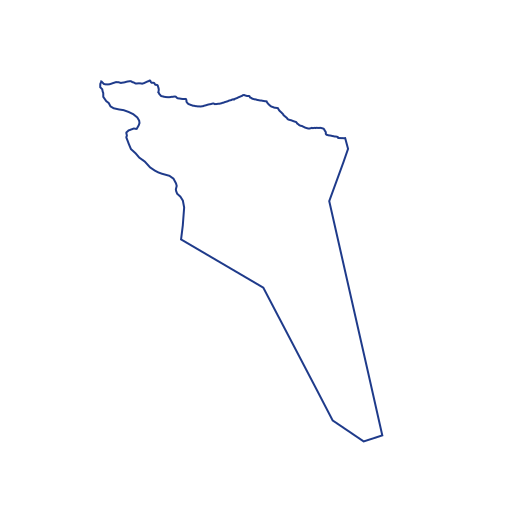 Bitica, Litoral, Equatorial Guinea (Equal Earth projection), rotated 77°
{"feature_id": "11065452B13026737962858", "entity_name": "Bitica", "entity_type": "district", "adm_level": 2, "iso_a3": "GNQ", "parent_name": "Equatorial Guinea", "parent_adm1": "Litoral", "projection": "equal_earth", "projection_center": [9.489, 1.359], "detail": "fine", "context": "isolated", "style": "outline", "palette": "blue", "viewbox_px": 512, "rotation_deg": 77, "n_neighbors": 0, "source": "geoboundaries", "source_scale": "gbopen_adm2", "svg_char_len": 5254}
<svg xmlns="http://www.w3.org/2000/svg" viewBox="0 0 512 512"><g transform="rotate(77 256 256)"><path d="M459.2,173.3L399.2,173.0L373.3,172.9L373.0,172.9L318.7,172.7L317.5,172.7L219.0,172.3L184.1,149.6L172.3,142.2L161.2,142.6L161.0,144.0L160.5,145.6L160.2,146.9L160.1,147.1L159.6,149.1L159.3,149.5L158.4,149.6L158.0,150.4L157.6,151.2L157.4,152.0L157.1,152.9L156.6,153.7L156.3,154.6L155.9,155.3L155.5,156.1L155.2,156.9L154.8,158.0L154.6,158.5L154.2,159.0L154.0,159.4L153.9,159.8L153.3,160.3L152.6,160.5L151.8,160.3L151.3,160.2L150.8,160.2L150.1,160.4L149.6,160.7L148.6,161.0L148.1,161.0L147.6,161.3L147.1,161.6L146.9,162.0L146.4,162.8L146.1,163.4L145.7,164.2L145.5,164.8L145.5,165.4L145.3,166.1L145.2,166.6L145.0,167.3L144.7,168.2L144.7,168.8L144.7,169.3L144.4,169.7L144.3,170.1L144.3,170.5L144.3,171.0L144.2,171.5L144.1,172.2L143.7,172.8L143.8,173.3L143.8,174.3L143.8,175.0L143.8,175.6L143.4,176.7L143.1,177.2L142.7,178.0L142.2,178.8L141.8,179.5L141.5,179.8L141.0,180.4L140.6,180.9L140.2,181.4L139.8,181.8L139.2,183.0L139.0,183.5L138.7,183.8L138.3,184.3L137.9,184.7L137.5,184.9L137.1,185.2L136.6,185.7L136.0,186.2L135.4,186.3L135.0,186.5L134.6,186.7L134.2,187.3L133.9,187.8L133.6,188.3L133.3,188.8L132.9,189.4L132.5,190.0L132.0,190.7L131.7,191.1L131.4,191.8L131.1,192.3L130.6,193.3L130.2,193.9L129.3,194.6L128.8,194.7L127.9,195.2L127.4,195.7L126.9,196.0L126.3,196.5L125.6,197.0L125.0,197.5L124.2,197.6L123.1,198.2L122.6,198.6L121.9,198.9L121.2,199.5L120.6,199.8L120.1,200.3L119.6,200.4L119.0,200.8L118.5,200.9L118.1,201.1L117.7,201.2L117.2,201.3L116.9,201.4L116.6,202.0L116.2,203.0L115.9,203.9L115.6,204.7L115.1,205.5L114.8,205.8L114.3,206.7L114.0,207.1L113.8,207.4L113.3,208.0L112.4,208.6L111.6,209.2L111.0,209.6L110.2,210.0L109.5,210.4L108.9,210.6L108.4,210.8L108.1,210.8L107.7,210.9L107.4,211.8L107.1,212.7L106.7,213.6L106.3,214.6L105.8,215.6L105.5,216.7L105.0,217.9L104.7,218.5L104.2,219.7L103.9,220.2L103.3,221.1L103.2,221.8L102.8,222.5L102.5,223.1L102.1,223.8L101.9,224.3L101.1,224.8L100.8,225.2L100.5,225.8L100.2,226.1L99.5,226.3L99.1,226.3L98.6,226.7L98.4,227.2L98.3,227.9L98.1,228.7L97.8,229.3L97.5,229.7L97.2,230.4L96.9,230.7L96.6,231.1L96.4,231.6L96.4,232.1L96.4,232.8L96.8,233.5L96.9,234.3L97.1,235.4L97.3,236.5L97.4,237.4L97.8,238.7L97.9,239.5L98.0,240.3L98.1,241.2L98.6,242.1L98.5,242.6L98.2,242.8L98.2,243.3L98.2,244.2L98.5,244.8L98.5,245.7L98.5,246.6L98.5,247.4L98.7,248.1L98.9,249.1L98.9,250.0L99.0,250.8L99.0,251.6L99.1,252.3L99.3,253.1L99.2,254.3L99.4,255.1L99.4,255.8L99.4,256.6L99.4,257.5L99.2,258.3L99.1,259.1L99.1,259.8L99.0,260.8L98.8,261.5L98.7,262.1L98.1,262.7L97.8,263.2L97.7,264.1L97.8,265.5L97.8,266.5L97.7,267.4L97.7,268.3L97.7,268.9L97.8,269.9L97.9,271.1L97.9,272.0L97.9,272.9L98.1,273.6L98.0,274.7L97.9,275.9L97.8,276.7L97.4,277.8L97.1,279.2L96.6,280.4L96.3,281.4L95.8,282.3L95.5,283.2L95.2,284.0L94.6,284.7L94.1,285.7L93.5,286.4L92.9,287.4L92.4,287.9L91.1,288.6L90.5,288.9L89.7,289.0L88.9,288.8L88.5,288.8L88.0,288.8L87.3,289.0L87.1,289.4L87.0,290.0L86.8,290.8L86.7,291.4L86.4,292.5L86.2,293.0L85.8,294.0L85.4,294.9L85.0,296.1L84.6,297.0L83.9,297.6L83.2,298.0L82.7,298.4L82.4,299.0L82.3,299.6L82.2,300.4L82.2,301.3L81.9,302.4L81.9,303.3L81.8,304.4L81.7,305.1L81.5,305.9L81.3,306.6L81.1,307.3L80.8,308.2L80.4,309.1L80.2,309.8L79.7,310.5L79.3,311.5L78.8,312.4L78.3,312.8L77.5,313.1L76.9,313.5L76.1,313.9L75.4,313.9L74.6,314.4L74.0,314.1L73.2,313.7L72.2,313.4L71.4,313.2L70.5,313.3L69.9,313.2L68.9,313.4L68.3,313.4L67.8,313.4L67.3,313.7L66.9,314.3L66.7,315.1L66.3,315.7L65.8,315.9L65.0,316.1L64.6,316.3L64.2,316.8L63.9,317.9L63.8,318.6L63.3,319.1L62.9,319.3L62.4,319.4L61.8,319.5L61.3,319.7L61.1,320.0L61.2,320.6L61.5,321.2L61.5,322.2L61.7,323.2L61.9,324.1L62.1,325.1L62.3,325.9L62.4,326.5L62.4,327.2L62.5,328.2L62.2,328.8L61.9,329.5L61.7,330.1L61.5,330.9L61.3,331.7L61.2,332.5L61.1,333.4L60.8,334.6L60.4,335.0L59.8,335.7L59.3,336.2L59.1,336.7L58.9,337.2L58.7,337.5L58.1,337.9L57.9,338.2L57.5,338.7L57.3,339.6L57.2,340.8L57.1,341.7L57.1,342.6L57.1,343.5L57.2,344.3L57.2,345.0L57.2,345.8L57.1,346.6L57.0,347.8L57.0,348.7L56.2,350.1L55.9,350.6L55.7,351.0L55.5,351.9L55.4,352.5L55.1,353.0L55.1,353.7L55.2,354.6L55.3,355.8L55.4,357.0L55.5,357.6L55.6,358.6L55.7,360.2L55.5,361.6L55.2,362.8L55.0,363.6L54.8,364.3L54.4,365.0L54.1,365.6L53.6,365.9L53.0,366.2L52.4,366.6L51.5,367.1L51.2,367.3L51.1,367.5L51.4,367.6L53.3,369.0L54.8,369.4L56.5,369.8L59.0,368.3L61.1,368.4L62.9,368.2L66.6,369.0L71.4,367.1L73.8,365.1L77.5,364.1L80.0,361.5L82.4,356.5L84.1,352.2L87.0,347.7L90.2,343.7L94.3,340.5L97.8,339.4L100.2,339.6L102.3,340.9L105.3,343.7L105.1,344.5L104.7,345.3L104.3,346.4L104.5,347.9L104.6,348.8L104.7,349.8L104.9,350.6L104.9,351.3L105.0,352.0L105.5,352.7L106.1,353.9L106.5,354.5L107.1,354.7L107.8,354.7L108.7,354.7L109.4,354.7L110.0,354.9L110.8,355.5L111.6,355.7L112.4,355.5L113.5,355.4L114.6,355.2L115.5,355.1L116.1,355.0L116.9,354.9L117.2,354.9L123.7,353.8L128.9,350.2L133.9,347.6L139.0,343.1L145.8,339.3L150.0,335.4L152.5,332.5L154.6,329.3L158.4,322.3L162.1,319.0L167.3,317.6L169.9,317.5L173.0,319.1L174.8,319.2L177.6,318.8L181.2,316.3L185.6,314.8L192.6,315.1L209.9,320.5L223.0,325.3L288.5,256.0L320.4,247.7L320.7,247.6L399.3,227.1L433.5,218.3L460.9,192.8L459.2,173.3Z" fill="none" stroke="#1e3a8a" stroke-width="2"/></g></svg>